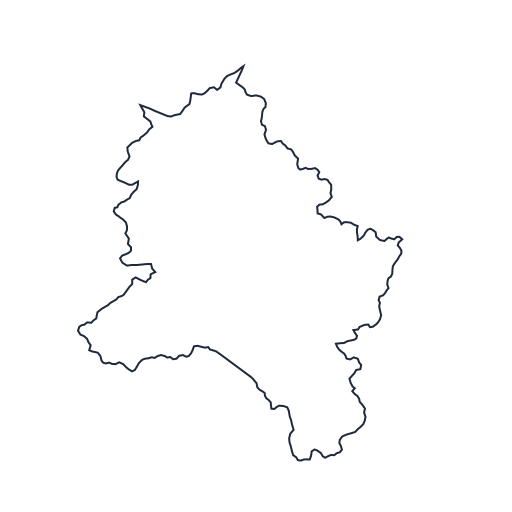 Cachoeiro de Itapemirim, Espírito Santo, Brazil (Albers equal-area conic projection), rotated 206°
{"feature_id": "56859067B37566088489442", "entity_name": "Cachoeiro de Itapemirim", "entity_type": "district", "adm_level": 2, "iso_a3": "BRA", "parent_name": "Brazil", "parent_adm1": "Espírito Santo", "projection": "albers", "projection_center": [-41.196, -20.779], "detail": "fine", "context": "isolated", "style": "outline", "palette": "slate", "viewbox_px": 512, "rotation_deg": 206, "n_neighbors": 0, "source": "geoboundaries", "source_scale": "gbopen_adm2", "svg_char_len": 5139}
<svg xmlns="http://www.w3.org/2000/svg" viewBox="0 0 512 512"><g transform="rotate(206 256 256)"><path d="M91.2,166.7L95.6,169.1L98.9,170.4L100.7,172.9L103.4,174.6L106.6,175.2L110.2,176.7L109.3,180.4L112.0,181.1L115.4,183.5L118.2,186.7L117.1,190.8L116.2,193.6L116.0,197.5L112.6,200.0L113.7,204.1L116.6,205.5L119.5,208.3L123.7,207.7L126.1,204.3L129.7,203.5L131.8,205.6L134.2,207.0L136.8,207.4L139.7,208.1L143.2,209.9L145.7,212.2L141.6,214.8L138.8,216.3L136.6,219.4L133.8,221.6L131.3,223.5L129.7,225.8L130.2,228.5L133.1,230.1L136.0,232.1L132.1,234.7L131.8,237.6L129.9,239.9L127.8,242.0L125.0,243.6L122.4,242.0L120.0,243.6L118.0,247.4L117.2,250.1L116.8,253.5L117.6,257.7L120.4,261.1L123.2,264.7L124.1,268.2L126.5,270.2L127.1,273.7L124.5,276.4L123.7,279.5L123.5,282.3L122.8,285.2L125.5,287.8L126.8,291.2L127.2,294.0L125.7,296.7L125.8,299.9L127.3,303.4L128.5,306.8L128.0,311.5L127.2,314.9L127.1,318.4L126.5,321.7L127.5,324.4L130.3,326.4L133.2,327.6L133.7,330.7L131.9,335.1L135.5,336.1L137.8,334.9L139.1,331.6L142.1,331.0L144.8,330.8L146.1,328.4L147.1,325.8L151.5,324.7L156.4,326.1L158.9,329.8L162.6,330.6L165.2,330.6L167.2,328.5L168.0,324.7L168.1,321.5L169.6,317.4L171.4,314.8L173.5,318.6L175.6,321.4L177.1,324.6L177.7,327.5L181.6,327.1L185.3,327.5L189.0,326.3L191.7,324.9L193.1,322.0L195.2,323.9L197.9,325.0L202.5,325.0L206.5,324.1L209.0,322.6L211.3,320.1L215.8,321.9L219.3,321.3L220.9,324.3L222.7,327.1L221.4,330.1L218.7,331.7L216.8,334.4L214.9,337.9L213.8,342.3L216.6,345.2L217.7,349.2L219.7,353.0L222.9,354.4L225.1,355.8L228.1,355.2L230.7,353.3L233.5,353.0L235.9,355.3L235.9,359.1L238.4,360.5L241.4,360.9L244.5,358.5L247.5,357.0L250.1,357.0L252.1,354.8L254.2,353.0L256.7,353.7L259.2,356.6L260.9,362.0L265.1,363.3L268.5,365.8L271.0,367.2L274.8,366.5L278.2,368.2L281.1,368.7L284.1,370.3L287.4,368.1L290.6,363.7L294.2,362.7L296.7,364.2L299.1,366.1L301.7,369.0L302.3,373.8L304.9,376.6L308.2,376.6L310.6,379.3L311.3,382.5L312.4,385.5L313.5,388.4L313.7,391.6L312.8,394.1L314.1,397.6L317.4,400.6L321.5,401.4L326.3,400.4L330.4,397.6L334.9,397.1L337.1,398.6L339.1,400.7L341.6,401.7L344.2,402.1L347.2,402.6L349.9,403.1L350.0,408.9L350.1,415.4L350.5,421.1L352.2,418.1L353.2,415.4L354.5,413.0L356.0,410.6L358.4,408.1L360.9,405.0L362.0,401.9L362.6,396.0L361.9,391.8L363.8,388.3L367.8,389.2L371.2,386.6L372.1,383.4L373.5,379.8L375.4,377.4L379.1,376.0L383.1,375.2L385.5,373.7L384.1,369.6L383.2,366.8L382.4,363.4L385.2,358.1L385.6,354.7L386.4,350.3L390.6,347.2L393.7,344.0L396.9,343.0L411.3,342.0L415.8,342.0L426.1,340.9L423.0,338.7L419.4,336.3L418.0,332.3L413.1,331.3L409.9,330.6L408.0,328.6L405.7,326.7L407.4,323.3L408.2,318.9L410.1,314.6L411.6,312.0L411.7,308.8L414.3,306.8L416.9,303.5L418.0,300.4L419.2,297.2L417.2,293.8L413.3,290.0L413.2,286.4L414.7,283.0L415.9,278.2L416.8,275.2L417.5,272.3L417.2,269.1L416.1,266.1L414.0,264.0L411.1,264.0L407.8,264.3L404.2,264.4L401.3,264.4L398.5,265.8L396.7,268.4L394.7,271.3L393.3,268.2L392.6,263.8L394.0,260.2L395.0,256.4L394.9,252.6L396.8,249.9L398.2,247.3L400.5,245.2L402.1,241.8L402.0,239.0L404.1,237.4L403.4,233.7L400.2,231.9L397.0,231.5L394.3,230.9L391.7,230.6L387.6,229.1L384.9,226.1L383.3,222.5L383.3,219.0L381.0,217.7L377.9,215.9L376.4,210.7L372.1,209.0L370.7,205.8L371.8,203.0L374.1,200.2L376.5,197.7L377.1,194.2L373.3,191.5L370.7,191.1L367.5,190.9L363.7,193.5L359.1,195.7L355.0,198.2L350.8,200.8L346.9,202.8L343.7,199.1L339.5,197.4L342.7,193.4L341.2,189.8L342.7,187.4L343.5,184.2L348.1,183.9L350.8,183.9L354.8,184.0L356.9,180.5L355.0,176.6L356.3,172.5L357.2,167.0L358.0,162.9L359.5,160.8L361.8,158.6L362.5,155.7L364.4,152.9L366.4,149.9L367.5,146.9L369.5,143.9L371.6,140.8L373.8,136.0L373.1,132.8L372.2,129.8L373.8,127.0L374.8,123.8L378.7,122.3L380.1,119.1L382.4,117.3L383.8,114.9L383.2,110.8L379.4,108.4L375.7,108.6L371.5,107.5L368.7,105.0L365.5,103.3L364.6,98.2L361.3,98.4L358.3,99.2L355.7,99.7L352.0,97.9L349.2,94.5L346.7,93.1L344.0,93.5L341.2,95.8L338.0,95.9L334.9,97.2L332.3,100.5L327.9,100.6L323.7,99.0L320.3,98.3L316.8,98.0L315.0,100.3L314.6,103.6L314.3,108.5L312.7,113.0L310.2,115.5L307.9,116.8L305.4,119.2L302.4,120.0L300.7,122.8L297.9,125.4L294.0,126.1L291.3,125.8L288.8,127.6L285.2,126.9L282.4,128.9L281.4,132.6L278.3,134.9L274.5,134.9L272.6,136.6L271.7,140.1L271.7,143.6L272.2,147.6L269.1,149.7L264.5,150.6L261.6,151.3L259.0,153.2L256.4,151.8L253.0,152.4L250.1,152.8L245.0,152.0L207.8,145.1L205.1,144.3L202.5,143.1L199.7,141.9L197.2,138.5L193.9,137.3L191.0,137.2L188.2,136.7L186.7,134.3L184.5,132.7L181.8,132.2L178.6,130.9L177.0,128.2L175.2,125.5L172.4,126.6L171.3,129.2L169.6,131.6L165.5,133.2L161.6,133.7L158.7,131.3L155.5,126.8L152.2,123.5L150.3,121.0L148.4,118.9L146.0,116.2L147.3,111.4L146.3,106.7L144.2,103.2L141.7,100.6L138.6,96.9L135.3,93.3L131.6,92.7L128.9,90.9L125.9,91.8L123.8,94.1L121.4,95.4L118.5,96.6L118.9,100.5L120.3,104.9L118.5,107.8L115.6,108.0L111.4,107.4L108.3,105.3L105.4,105.0L103.3,107.9L101.3,110.1L98.3,111.3L97.1,114.0L94.6,116.4L93.9,119.6L96.5,122.5L99.0,124.3L100.1,127.4L99.4,131.5L97.0,134.5L94.5,136.9L92.0,139.1L89.7,141.4L88.5,145.2L86.9,148.7L85.9,151.8L86.0,155.3L87.1,159.5L90.2,162.6L91.2,166.7Z" fill="none" stroke="#1e293b" stroke-width="2"/></g></svg>